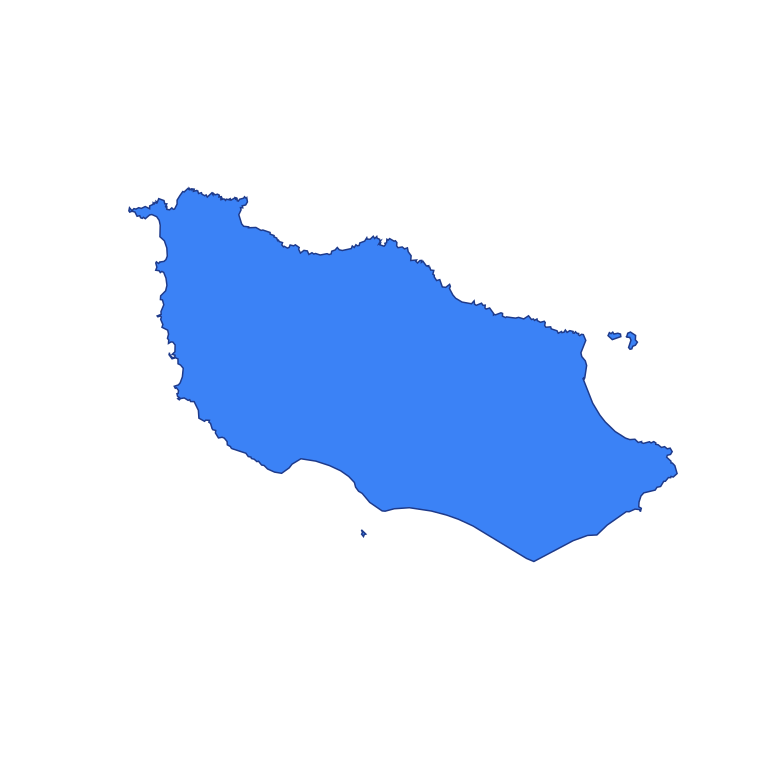 King Island, Tasmania, Australia, rotated 114°
{"feature_id": "25037944B96070195853153", "entity_name": "King Island", "entity_type": "district", "adm_level": 2, "iso_a3": "AUS", "parent_name": "Australia", "parent_adm1": "Tasmania", "projection": "robinson", "projection_center": [143.932, -39.872], "detail": "fine", "context": "isolated", "style": "filled", "palette": "blue", "viewbox_px": 768, "rotation_deg": 114, "n_neighbors": 0, "source": "geoboundaries", "source_scale": "gbopen_adm2", "svg_char_len": 6139}
<svg xmlns="http://www.w3.org/2000/svg" viewBox="0 0 768 768"><g transform="rotate(114 384 384)"><path d="M265.2,261.0L262.3,261.7L261.5,263.1L264.0,266.2L263.7,269.7L262.4,270.7L264.7,272.4L263.8,273.9L265.1,275.5L262.9,279.7L267.7,282.8L268.4,288.2L270.3,290.6L272.9,299.4L273.9,300.0L273.8,303.4L271.3,304.4L271.4,306.1L275.5,310.3L275.5,312.1L276.1,311.8L276.4,312.0L275.0,312.6L271.6,318.4L274.0,321.2L273.4,322.8L270.8,323.6L271.9,325.5L270.5,327.8L274.6,331.7L274.3,333.7L271.4,335.5L275.1,336.7L277.4,346.0L276.5,353.5L274.6,357.4L270.2,363.0L267.8,363.1L266.3,364.6L270.6,366.9L271.6,370.2L266.0,375.5L268.1,378.0L265.7,381.7L264.2,382.3L263.8,384.0L260.0,384.7L260.9,387.7L258.6,389.8L258.7,391.4L257.8,391.4L258.9,393.3L256.0,398.4L257.6,399.3L255.8,399.9L256.6,401.4L259.8,402.6L258.9,404.9L257.5,404.7L260.3,409.8L255.8,411.4L253.3,415.7L250.1,418.0L252.2,420.2L251.4,423.1L253.8,426.7L252.7,428.6L249.5,429.8L248.5,431.9L249.4,432.9L248.9,438.0L250.8,438.7L250.6,440.2L253.9,439.1L255.1,440.4L256.1,439.3L258.1,440.0L258.5,444.4L256.9,444.5L258.3,445.7L254.4,445.3L255.1,445.8L253.6,446.9L253.6,449.6L252.2,450.6L254.9,451.7L253.4,453.9L257.4,455.5L258.5,458.3L257.4,459.2L261.4,459.8L265.0,463.5L267.5,463.0L268.6,464.6L268.2,466.3L271.4,466.7L270.8,469.1L273.6,469.0L279.0,476.4L279.6,479.4L278.3,482.2L281.5,483.2L284.0,485.8L286.6,485.2L288.1,486.8L288.1,489.0L292.1,494.8L292.6,499.6L293.8,501.0L293.4,503.2L296.2,505.3L293.6,508.2L294.5,511.5L298.4,513.6L295.6,516.8L293.8,517.0L292.9,521.6L294.5,522.7L295.2,526.3L297.8,526.2L299.1,527.5L298.8,531.2L299.6,531.7L298.5,533.9L296.1,534.2L296.5,537.6L295.5,538.9L296.3,539.5L294.3,541.4L294.3,544.4L293.1,544.8L293.4,549.0L291.9,549.7L292.6,557.3L293.7,558.8L293.1,564.7L296.4,571.4L295.5,571.6L297.0,576.4L295.6,579.2L288.4,585.5L283.1,585.4L281.3,586.8L280.5,584.7L278.9,586.0L276.7,583.2L273.2,582.8L269.7,585.1L270.5,585.3L269.7,587.6L271.3,587.8L274.0,591.1L276.1,591.4L276.3,592.6L274.4,593.7L275.3,594.5L274.1,594.8L274.3,595.9L275.1,595.3L275.1,596.3L278.2,598.5L277.5,599.5L278.9,599.4L278.1,599.7L277.4,600.8L278.6,600.0L279.3,603.3L280.7,603.4L280.0,605.5L281.6,607.5L280.3,607.4L279.5,608.3L280.3,608.6L279.1,608.9L280.3,610.9L278.5,611.2L278.3,613.3L279.9,615.3L279.2,617.6L280.7,617.2L279.4,619.0L285.1,621.5L283.6,623.4L284.9,624.3L284.7,627.4L283.5,628.6L285.4,630.9L282.9,633.1L283.8,632.6L283.3,633.7L285.4,636.3L283.2,636.6L283.7,638.3L284.9,638.3L284.1,639.3L285.2,640.3L284.8,640.1L284.3,640.4L285.0,640.3L284.4,641.7L285.6,641.3L285.2,642.7L289.9,644.7L290.0,646.1L295.0,647.1L300.2,647.8L303.8,646.2L309.4,646.5L310.1,647.5L309.4,649.5L312.1,650.7L312.8,653.4L309.5,654.9L311.1,655.0L310.6,655.8L307.8,655.7L308.5,657.6L305.9,659.6L306.3,665.2L310.3,665.0L309.9,666.4L311.2,665.6L311.3,667.1L312.8,667.2L312.3,668.6L313.9,668.1L316.6,670.5L319.2,669.4L319.0,674.3L322.3,677.1L322.7,679.8L325.1,681.7L325.5,683.8L327.5,684.5L328.6,683.9L328.2,681.5L331.2,677.8L329.6,675.6L331.1,674.0L331.0,672.2L329.6,671.6L330.1,669.3L324.9,666.9L323.6,665.0L323.6,659.7L326.0,655.9L330.0,653.0L340.6,648.6L342.5,642.9L348.1,637.7L355.3,634.0L359.1,633.8L361.5,634.9L363.8,638.5L364.7,638.0L364.3,638.6L365.6,639.0L365.0,641.6L366.3,641.7L369.7,639.0L372.9,638.8L372.0,635.5L373.2,633.7L371.5,632.7L371.7,630.6L376.0,626.2L382.2,622.4L387.7,621.4L394.3,623.9L397.8,622.6L397.3,620.6L401.2,617.4L408.6,617.2L411.0,615.9L414.1,618.9L414.6,617.9L412.8,615.9L413.4,614.6L415.8,614.3L419.6,610.2L422.5,609.9L422.8,603.5L426.1,601.1L430.4,600.4L431.3,598.6L434.6,597.4L432.2,595.7L431.6,593.9L433.3,590.7L439.6,588.1L443.0,589.5L442.7,586.6L444.9,585.9L446.0,588.2L444.0,592.1L442.6,592.7L444.7,592.3L447.2,587.9L444.8,585.0L444.9,582.4L449.3,580.4L449.4,577.6L451.3,573.8L459.5,571.1L465.8,570.7L468.4,571.4L471.4,574.7L472.8,572.9L471.9,572.0L473.6,569.0L476.3,568.3L477.1,569.2L479.2,567.6L479.6,565.5L481.3,566.5L481.7,564.6L480.1,564.0L478.0,560.8L478.6,556.3L477.4,555.1L478.7,553.6L477.3,550.3L483.5,542.9L490.5,539.2L491.1,532.8L489.5,532.1L488.2,528.7L490.1,528.5L490.6,526.4L494.6,523.0L495.4,521.8L494.9,518.8L497.3,518.1L500.6,513.3L498.5,510.2L498.4,507.9L500.4,503.9L503.3,502.4L503.6,498.8L504.5,497.9L504.9,496.6L503.4,482.0L505.5,478.5L504.9,475.8L506.0,474.8L505.5,472.0L506.6,468.6L505.6,467.2L507.8,462.9L507.2,460.4L509.0,455.8L509.0,448.1L507.2,441.2L499.2,436.5L494.6,435.4L486.1,429.5L482.2,415.0L480.7,400.6L480.9,388.4L482.8,378.6L486.0,371.0L489.8,368.0L492.3,363.6L492.8,359.4L498.0,348.8L500.7,334.1L499.7,331.2L493.8,323.9L486.7,310.5L480.8,289.2L478.3,273.7L477.3,261.1L477.5,245.0L485.4,182.8L485.2,174.9L450.2,147.5L439.5,136.4L435.3,128.1L422.0,122.7L402.0,110.7L401.0,108.1L396.2,103.8L394.8,99.5L395.9,98.4L395.8,97.9L392.9,98.4L392.6,101.3L388.1,103.0L381.8,103.7L377.8,102.4L370.6,93.1L367.3,92.6L365.1,89.6L359.2,88.9L358.4,87.4L353.8,86.1L353.0,84.0L351.7,84.2L351.3,81.9L346.6,79.8L340.3,85.1L338.9,88.5L339.4,89.6L337.8,90.5L335.9,96.0L333.9,96.2L331.8,93.6L328.6,93.2L326.2,96.5L328.0,98.9L327.1,102.2L329.1,104.7L328.0,108.9L328.6,111.2L327.3,111.7L326.9,114.1L329.2,116.1L328.8,118.0L332.7,122.8L332.8,124.9L331.8,125.3L334.0,128.0L332.4,132.3L334.8,136.8L335.2,141.4L333.4,153.5L328.7,166.4L324.6,174.2L316.6,185.6L298.1,204.4L297.2,204.1L297.8,203.1L296.7,203.1L284.7,206.4L281.0,209.5L278.5,214.5L275.4,216.8L262.1,217.4L257.8,222.0L258.3,223.8L260.2,224.9L259.9,226.4L258.7,226.7L259.2,228.6L258.4,230.3L260.3,230.9L260.4,232.4L259.1,232.6L259.7,236.0L262.4,237.7L260.9,240.3L263.6,240.7L264.7,242.4L263.9,243.2L266.7,245.5L265.0,247.6L265.6,253.6L264.0,255.0L266.3,259.2L265.2,261.0ZM236.3,180.0L238.5,182.0L242.0,181.5L242.0,182.4L242.4,181.2L241.5,178.4L243.5,176.2L251.2,175.4L252.2,173.4L251.1,171.9L248.4,172.1L246.3,170.1L242.7,169.5L241.5,172.3L237.3,173.9L236.3,180.0ZM250.6,193.5L244.4,186.9L242.2,188.3L242.5,191.0L244.8,194.3L243.6,196.1L245.7,197.1L245.4,199.0L248.7,199.0L250.6,193.5ZM528.5,339.6L527.6,342.0L526.4,345.3L528.5,343.2L530.3,343.4L531.7,340.7L529.5,340.8L528.5,339.6ZM329.6,687.5L330.4,686.2L328.4,684.2L326.5,688.2L329.6,687.5Z" fill="#3b82f6" stroke="#1e3a8a" stroke-width="1.5"/></g></svg>